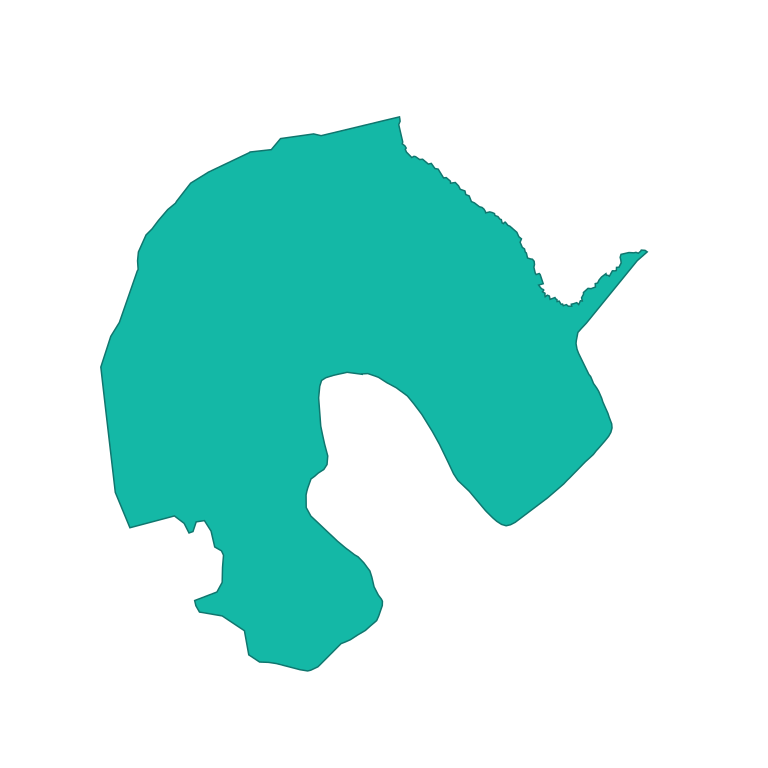 Kantora, Upper River, Gambia, rotated 167°
{"feature_id": "56634734B33233148834926", "entity_name": "Kantora", "entity_type": "district", "adm_level": 2, "iso_a3": "GMB", "parent_name": "Gambia", "parent_adm1": "Upper River", "projection": "robinson", "projection_center": [-13.936, 13.414], "detail": "fine", "context": "isolated", "style": "filled", "palette": "teal", "viewbox_px": 768, "rotation_deg": 167, "n_neighbors": 0, "source": "geoboundaries", "source_scale": "gbopen_adm2", "svg_char_len": 4101}
<svg xmlns="http://www.w3.org/2000/svg" viewBox="0 0 768 768"><g transform="rotate(167 384 384)"><path d="M308.8,640.7L308.8,640.8L323.4,640.7L389.4,640.1L396.3,643.5L429.6,646.4L441.1,637.7L462.4,640.2L462.8,639.8L507.6,629.9L509.2,629.3L527.2,623.2L545.0,608.7L546.5,607.1L549.5,605.6L555.5,602.6L567.0,594.1L575.1,587.3L582.3,582.8L593.6,567.9L596.4,559.5L597.8,550.9L599.1,549.5L600.7,546.9L628.0,503.5L639.5,491.9L656.1,464.2L657.9,448.6L661.3,418.5L670.2,338.8L663.9,301.1L629.9,302.2L617.9,302.6L610.1,293.2L607.5,282.7L603.3,283.2L598.0,291.9L589.7,291.3L585.6,279.6L585.6,277.7L585.6,263.3L579.9,258.0L578.9,253.3L579.2,252.3L581.1,246.3L581.5,245.1L582.6,241.6L586.3,227.1L593.6,218.9L617.2,215.6L617.2,210.3L615.1,203.3L593.8,194.4L575.5,175.0L576.7,150.5L567.8,141.1L559.0,138.7L551.7,135.8L533.3,126.2L530.3,124.6L523.0,121.6L519.8,121.6L512.0,123.3L508.4,125.5L484.2,140.7L480.0,141.3L474.3,142.4L466.4,145.3L457.5,148.1L452.3,151.0L444.4,155.1L441.3,159.2L435.5,168.5L434.4,172.6L434.9,174.9L437.0,179.6L439.3,188.6L439.3,198.6L439.8,205.0L441.8,209.5L443.9,214.4L448.1,221.4L451.2,224.3L456.1,230.3L456.6,230.8L458.5,233.1L464.7,241.3L467.1,245.0L471.9,252.1L480.1,264.5L485.0,271.8L487.6,281.1L484.9,293.4L483.3,296.9L481.7,299.8L476.5,307.9L472.3,309.7L468.1,312.0L461.8,314.3L457.6,318.4L456.1,323.1L455.0,326.5L455.4,338.8L455.3,348.5L455.1,357.2L451.7,379.4L450.8,385.2L447.1,396.3L444.0,401.5L439.3,403.2L434.5,403.6L433.5,403.6L431.4,403.8L428.5,403.8L425.6,403.8L421.2,403.7L417.3,403.7L403.2,398.4L403.2,398.8L397.4,397.8L390.8,393.7L387.8,391.7L384.7,388.5L380.9,384.6L372.8,377.5L371.3,375.7L363.9,367.1L362.4,364.1L359.4,358.0L354.0,345.9L347.5,326.7L343.5,312.7L339.3,294.2L336.4,280.8L333.7,273.4L325.0,260.2L313.7,238.0L312.7,236.3L308.0,228.9L305.0,224.8L301.1,220.8L296.9,218.4L292.4,218.4L287.3,219.7L250.4,236.2L236.5,243.5L231.4,246.2L226.9,249.2L224.2,250.8L205.5,262.8L195.9,268.2L192.2,271.2L188.9,273.5L182.0,278.5L176.9,282.5L173.8,285.9L171.7,289.9L171.1,293.9L172.1,301.2L172.4,304.9L173.9,312.6L174.8,317.3L175.1,321.3L176.5,328.7L177.7,332.4L179.8,337.5L180.1,339.8L180.4,341.6L181.0,344.9L182.2,347.2L187.5,370.1L188.1,374.5L187.8,380.2L186.9,382.9L183.5,390.6L179.2,393.7L173.1,397.8L109.5,447.2L97.8,453.5L98.5,454.3L99.0,454.9L99.4,455.3L99.6,455.5L99.9,455.6L103.2,456.6L104.1,455.6L106.8,454.2L108.9,455.6L111.0,455.6L115.8,457.0L123.9,457.0L125.4,454.3L125.4,451.3L125.7,448.6L128.8,444.9L131.2,445.3L132.1,442.3L133.6,442.3L136.0,442.9L140.2,438.3L141.4,439.6L142.9,439.9L142.9,441.6L148.0,439.3L151.0,437.0L153.2,434.3L155.6,434.3L156.2,430.9L158.9,430.6L160.7,430.3L163.7,431.3L169.1,428.3L169.4,426.6L172.1,423.6L172.1,420.3L173.9,420.9L176.4,417.6L177.9,419.9L181.2,419.6L183.6,419.6L183.6,417.6L186.9,418.3L188.4,420.3L191.7,420.0L192.0,421.7L193.5,421.7L194.7,425.4L196.8,425.4L196.5,427.4L197.4,428.1L198.0,429.8L203.1,429.1L203.1,431.6L203.1,432.5L204.0,433.2L204.9,433.8L207.3,432.8L207.3,434.2L206.7,436.2L208.8,438.2L207.2,439.6L207.5,440.2L209.0,441.3L209.9,442.9L211.1,445.6L206.3,445.9L207.2,455.4L207.8,456.7L208.7,456.7L211.1,456.4L211.7,458.1L211.7,464.1L210.5,466.5L210.1,469.8L211.3,472.2L213.1,472.9L215.8,474.5L215.8,479.6L216.7,480.9L216.7,484.0L218.5,486.0L219.0,488.8L219.5,491.5L217.4,494.5L219.5,497.2L220.4,501.9L225.8,509.4L227.6,510.7L228.8,513.3L229.4,514.4L230.3,514.4L231.5,513.4L232.7,514.4L232.7,515.4L232.7,516.2L232.7,517.8L233.3,518.1L233.9,518.5L234.6,519.9L235.3,521.5L238.0,523.2L238.0,525.2L239.8,526.6L242.2,527.9L246.4,527.9L246.4,529.3L247.3,532.0L248.8,534.0L251.2,535.3L255.1,540.1L257.8,542.1L258.7,548.1L261.7,550.2L261.7,553.9L265.9,556.6L266.8,560.3L269.2,564.3L274.0,564.7L273.7,566.7L276.9,571.1L279.6,571.4L282.9,581.2L285.9,582.5L288.3,588.3L291.3,588.3L295.8,594.3L298.8,594.7L302.1,598.4L303.6,599.1L306.0,598.4L306.7,599.6L307.3,600.6L307.6,601.0L308.1,601.9L309.9,604.8L310.5,607.9L309.3,608.9L310.1,611.4L310.2,611.5L312.2,613.9L311.3,615.6L311.3,622.3L311.3,627.2L311.3,633.4L309.2,636.4L308.9,639.3L308.9,640.1L308.8,640.7Z" fill="#14b8a6" stroke="#0f766e" stroke-width="1.5"/></g></svg>